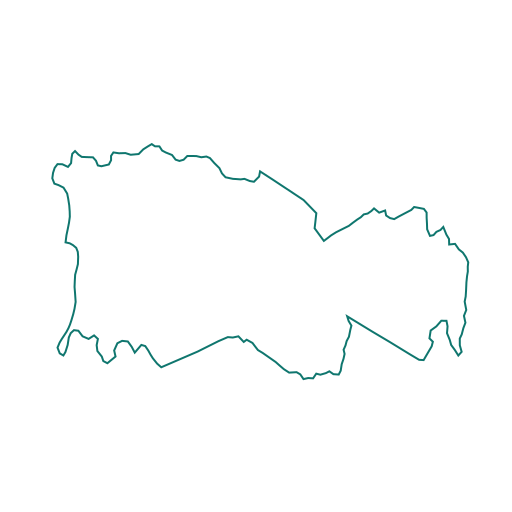 Cabo de Santo Agostinho, Pernambuco, Brazil, rotated 172°
{"feature_id": "56859067B83174667423697", "entity_name": "Cabo de Santo Agostinho", "entity_type": "district", "adm_level": 2, "iso_a3": "BRA", "parent_name": "Brazil", "parent_adm1": "Pernambuco", "projection": "natural_earth1", "projection_center": [-35.086, -8.276], "detail": "fine", "context": "isolated", "style": "outline", "palette": "teal", "viewbox_px": 512, "rotation_deg": 172, "n_neighbors": 0, "source": "geoboundaries", "source_scale": "gbopen_adm2", "svg_char_len": 2985}
<svg xmlns="http://www.w3.org/2000/svg" viewBox="0 0 512 512"><g transform="rotate(172 256 256)"><path d="M295.2,179.6L290.3,178.5L284.6,178.9L280.1,172.6L276.9,174.4L271.6,170.4L269.6,166.8L267.2,162.6L262.9,159.1L257.1,153.7L251.3,148.3L247.9,144.3L244.2,140.1L239.4,135.9L232.0,135.3L228.6,132.6L226.1,127.5L221.3,127.9L216.5,126.9L212.7,131.1L208.8,129.5L203.1,130.3L199.4,131.6L195.8,128.2L190.6,127.1L188.1,130.6L186.2,136.9L183.7,141.9L181.9,146.7L182.3,151.0L179.8,155.0L178.1,159.1L175.2,163.1L172.9,169.7L171.2,173.8L173.3,178.7L174.1,183.6L151.2,164.8L135.6,152.3L128.3,146.3L117.5,137.4L108.9,130.5L104.5,129.6L94.6,142.1L92.8,146.5L95.7,150.3L93.4,157.9L87.2,161.2L81.5,166.1L76.4,165.3L76.1,159.7L77.6,153.0L75.8,145.9L75.1,140.7L72.2,135.3L69.5,129.3L65.7,132.5L66.6,139.2L65.7,145.9L63.2,149.7L60.7,155.7L57.9,160.8L58.4,167.8L55.3,173.3L55.7,181.8L54.0,186.7L52.8,192.5L51.3,200.6L49.8,206.7L48.4,211.1L47.8,215.9L46.7,220.2L48.2,225.5L50.7,230.6L54.2,234.3L57.2,240.3L63.1,240.5L62.5,246.0L64.5,250.7L66.5,258.7L69.7,256.1L74.0,254.8L77.3,252.0L80.9,251.7L82.8,258.6L82.2,264.1L81.7,270.1L81.0,275.3L83.2,279.3L88.4,281.1L92.6,282.5L95.8,280.0L103.4,277.3L109.5,275.1L114.0,273.3L118.0,274.9L121.5,278.0L121.8,283.1L128.0,281.8L132.5,286.7L135.5,284.5L139.5,282.5L143.5,282.2L146.8,279.8L150.7,278.0L155.7,275.3L159.9,272.9L164.7,271.3L173.3,268.4L178.7,266.0L182.0,264.1L186.7,261.5L194.1,275.3L192.5,281.4L190.3,290.0L201.1,304.8L229.0,329.5L240.2,339.2L241.9,334.2L247.7,329.8L251.7,331.1L256.7,334.0L260.5,334.0L264.6,334.9L268.1,335.6L275.2,338.2L278.2,342.5L280.0,348.1L284.4,353.9L288.0,359.4L291.3,361.4L296.4,361.4L301.3,363.3L310.1,364.6L314.3,361.4L318.6,360.8L322.2,362.6L325.1,367.7L331.0,371.1L334.3,373.5L336.4,378.0L340.8,378.7L343.7,381.3L348.0,379.5L352.8,377.3L358.0,373.3L366.0,373.7L371.0,376.1L377.4,376.8L382.8,378.4L385.6,375.3L386.2,371.0L389.0,367.1L396.6,366.4L400.0,367.7L401.2,372.6L403.7,376.4L410.0,377.5L414.8,378.4L417.7,381.1L420.6,385.1L423.7,382.8L425.0,378.8L426.2,373.7L429.8,370.4L435.0,373.8L439.8,374.6L443.1,371.3L445.4,366.6L446.9,361.3L445.6,355.7L441.7,353.7L437.1,350.5L434.3,344.1L434.0,338.9L433.9,332.1L434.3,326.0L434.9,320.8L436.6,314.8L438.7,308.8L440.8,303.0L442.7,296.0L438.7,294.5L435.8,292.3L432.9,289.1L431.9,284.9L432.2,280.0L433.5,272.7L435.6,267.5L437.7,262.6L438.9,256.6L440.0,250.6L440.4,243.9L441.0,235.6L443.1,228.9L445.1,223.8L447.8,217.9L449.8,213.9L451.8,210.6L454.2,207.3L457.0,204.1L460.0,200.7L462.5,197.6L465.3,192.9L463.9,186.9L460.6,184.3L458.1,187.4L454.9,194.1L452.7,201.4L450.2,205.4L446.6,207.9L442.3,206.7L438.9,200.6L433.3,197.2L427.4,199.9L424.1,195.9L426.2,189.9L426.3,184.0L422.7,177.9L421.8,173.2L418.1,170.5L409.1,176.0L409.6,182.2L405.4,188.9L400.4,190.6L394.8,189.2L391.7,183.3L389.5,177.2L381.9,183.9L378.2,182.2L375.8,177.3L374.2,173.1L372.4,169.1L368.9,163.2L365.3,159.0L327.0,169.5L321.7,171.3L305.0,176.9L295.2,179.6Z" fill="none" stroke="#0f766e" stroke-width="2"/></g></svg>